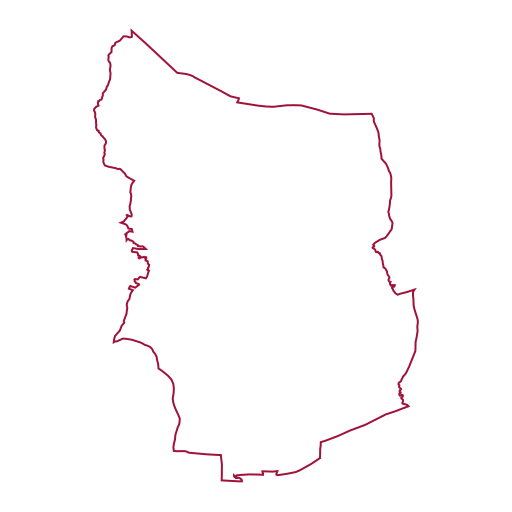 Talpas, Dolj, Romania
{"feature_id": "2599482B89244490879400", "entity_name": "Talpas", "entity_type": "district", "adm_level": 2, "iso_a3": "ROU", "parent_name": "Romania", "parent_adm1": "Dolj", "projection": "equal_earth", "projection_center": [23.747, 44.687], "detail": "fine", "context": "isolated", "style": "outline", "palette": "rose", "viewbox_px": 512, "rotation_deg": 0, "n_neighbors": 0, "source": "geoboundaries", "source_scale": "gbopen_adm2", "svg_char_len": 6039}
<svg xmlns="http://www.w3.org/2000/svg" viewBox="0 0 512 512"><path d="M371.7,113.8L344.1,114.4L329.8,113.7L317.3,109.6L301.2,105.4L293.8,105.2L286.7,105.3L273.3,106.8L266.1,106.5L258.5,105.7L237.3,102.4L238.5,100.0L238.9,98.3L230.4,96.3L221.2,91.2L194.5,77.3L193.1,76.3L189.7,74.9L185.7,73.9L177.3,72.9L146.0,43.6L131.6,30.7L131.9,36.4L131.6,37.1L129.6,37.4L127.1,36.5L123.6,36.3L119.9,40.6L115.5,42.7L115.0,43.6L114.9,44.7L114.5,45.3L113.5,45.9L112.7,46.0L111.9,47.1L111.6,48.2L111.5,52.0L108.8,54.7L108.3,55.7L108.7,56.9L108.3,59.5L108.4,60.3L108.8,61.4L110.0,62.6L110.5,64.8L110.5,66.3L109.9,69.4L109.9,70.4L110.4,72.3L110.5,74.3L110.0,79.6L109.0,81.7L108.0,85.0L106.7,87.1L106.0,89.6L102.8,93.3L102.8,95.6L102.2,96.9L102.1,98.2L101.4,99.5L99.8,100.1L98.8,101.4L98.2,101.3L97.9,102.5L98.1,104.4L98.5,105.6L96.1,106.8L95.2,108.0L94.5,108.6L94.1,109.4L94.1,110.8L94.9,112.1L95.0,112.9L95.3,113.5L95.1,117.3L95.7,118.5L96.0,120.1L96.0,121.3L96.1,124.0L96.4,124.9L96.1,126.6L96.1,127.7L97.0,130.1L97.5,130.5L98.2,130.5L98.7,130.8L98.6,131.5L98.9,132.4L100.5,133.4L100.8,134.7L101.3,135.5L102.6,136.3L103.0,137.1L105.2,139.4L105.5,140.0L106.0,141.5L105.8,143.5L104.5,145.5L104.4,148.2L104.9,150.0L104.7,150.5L104.7,151.7L104.3,152.9L104.7,153.9L104.7,154.7L103.1,158.1L103.5,159.4L103.3,162.1L104.8,165.4L108.4,166.7L115.8,168.2L118.0,169.1L119.6,168.8L120.4,169.1L125.0,173.7L126.3,176.2L128.3,177.5L134.2,180.8L132.6,182.8L131.4,184.8L130.9,187.3L130.3,192.4L130.9,193.5L131.3,196.1L131.0,198.2L130.9,200.2L130.4,203.5L129.8,205.5L129.6,206.7L129.8,208.0L129.7,209.4L131.6,214.0L131.7,215.4L131.4,216.4L130.3,216.4L127.9,215.5L127.9,215.3L127.4,215.0L126.8,215.2L127.7,216.5L126.0,218.8L124.6,220.3L124.0,221.3L120.9,222.7L125.6,224.3L126.5,225.0L127.2,225.7L128.4,228.5L131.8,229.1L132.5,231.7L129.2,231.1L128.6,231.9L127.7,232.3L125.7,233.9L126.5,234.1L126.5,234.8L125.7,235.1L126.5,238.2L126.6,240.1L126.9,239.7L128.4,239.0L129.9,240.3L131.5,240.6L133.4,241.7L133.5,241.9L133.6,243.0L135.4,243.6L136.1,244.4L137.8,245.1L138.0,246.1L140.9,246.5L142.7,246.3L143.9,247.2L145.8,249.0L138.9,249.1L133.0,248.1L131.9,250.2L131.9,251.1L132.2,251.8L137.2,252.4L137.4,252.6L138.1,254.4L138.1,255.4L139.3,255.6L140.5,256.6L138.8,257.5L138.6,257.8L139.2,258.4L141.1,257.5L142.7,257.3L143.9,256.8L144.6,257.6L145.3,257.1L145.9,257.1L146.3,257.3L146.2,258.6L145.4,260.0L145.5,260.4L147.7,261.3L147.9,263.7L149.2,264.9L148.8,266.3L148.8,266.8L148.0,268.0L148.0,269.0L147.3,269.7L148.2,270.3L149.0,270.6L148.5,271.6L147.2,276.2L145.9,278.3L140.0,276.9L139.3,277.5L137.8,279.4L134.8,279.1L134.4,279.7L134.6,280.1L134.7,281.4L135.5,282.0L135.7,282.9L138.6,284.0L139.0,284.3L139.1,284.7L135.2,287.7L130.3,286.0L129.3,287.5L128.9,288.7L132.8,290.2L131.1,292.7L130.3,294.6L129.4,299.0L128.3,300.4L127.4,301.9L127.1,303.3L126.7,304.9L127.3,307.7L126.6,312.4L126.6,313.5L123.8,320.9L123.8,321.7L124.3,322.6L121.6,325.9L119.9,330.5L115.0,336.0L114.1,339.5L113.8,342.2L114.9,341.5L116.8,341.4L122.9,338.6L126.0,338.8L131.8,339.7L140.5,342.5L142.8,343.6L144.4,344.7L148.0,345.9L150.3,347.1L152.3,349.2L153.2,351.5L155.3,354.2L156.6,356.8L156.9,359.1L158.2,364.3L158.5,368.5L161.6,370.5L168.0,375.7L171.6,379.8L173.3,384.0L173.9,388.7L173.5,394.0L172.7,398.6L173.3,402.6L174.4,406.2L176.1,410.3L178.3,414.8L179.8,418.7L179.6,421.5L179.2,424.3L177.7,427.4L175.4,434.8L175.0,439.5L174.0,443.3L173.4,447.1L173.8,450.9L176.8,451.2L184.0,451.1L186.2,451.4L188.9,452.7L206.5,454.3L220.9,455.1L221.3,459.4L221.9,464.2L221.9,466.9L221.8,470.1L221.9,471.5L221.7,480.4L238.0,481.3L241.9,481.3L241.9,480.6L241.6,479.7L240.2,478.4L238.7,477.8L236.0,478.1L234.2,476.6L234.0,476.2L234.0,475.5L235.1,476.7L235.9,476.9L236.3,476.8L236.5,475.4L241.0,474.9L249.7,474.4L259.3,474.6L263.0,474.8L263.0,473.2L262.6,472.6L262.4,471.3L272.9,471.6L277.4,471.1L276.4,474.0L276.3,474.6L277.7,475.2L287.5,473.7L295.6,472.1L299.0,470.7L310.6,464.3L320.1,458.0L319.9,457.6L320.1,455.8L320.2,449.0L320.7,445.4L320.8,442.1L325.0,440.9L337.9,436.0L350.1,430.5L365.3,424.8L385.8,414.4L395.5,411.2L408.5,406.2L407.2,404.9L405.7,404.5L404.7,404.0L403.3,403.9L402.4,403.4L402.4,402.6L403.1,401.2L403.0,400.0L402.5,399.3L401.4,398.5L401.2,398.0L401.5,397.4L402.6,396.8L402.9,395.9L402.6,395.1L402.1,394.9L401.4,395.0L400.1,395.7L399.8,395.6L399.5,395.1L399.3,393.8L399.5,393.2L400.4,393.0L400.6,392.9L400.7,392.4L399.7,391.6L399.6,390.9L399.9,390.2L400.9,389.6L401.0,388.9L399.1,387.1L399.1,386.3L399.4,385.3L398.5,384.3L398.5,383.8L398.7,383.1L399.1,382.5L400.9,381.4L401.6,379.4L402.4,378.3L402.8,376.8L405.4,374.0L406.6,371.9L409.2,366.4L413.7,355.2L415.4,350.8L415.6,341.7L416.6,337.4L417.6,331.0L417.3,326.6L417.9,321.9L417.6,319.3L414.4,309.1L413.6,305.2L413.4,298.9L413.0,295.7L413.0,293.1L413.2,291.6L414.5,289.6L406.1,292.3L400.3,293.7L397.6,294.7L395.6,293.4L393.5,290.8L393.0,289.8L393.0,289.2L392.1,288.3L391.9,287.7L392.3,287.0L393.9,286.8L394.8,285.6L394.8,285.1L393.7,285.2L392.0,285.0L390.9,285.5L390.3,284.8L389.8,282.8L390.5,282.0L389.6,281.6L388.9,281.0L388.6,280.5L388.5,280.0L388.6,279.4L389.4,277.9L389.4,277.2L387.7,274.7L387.2,273.4L387.0,271.6L385.5,268.8L384.8,268.1L383.5,267.4L383.5,266.1L382.9,264.1L382.6,261.0L381.8,258.9L381.7,257.0L381.3,255.8L380.0,254.4L379.9,253.5L379.7,253.1L378.7,253.0L378.1,252.0L377.7,251.8L376.7,252.2L375.9,251.9L375.6,251.6L375.4,250.1L375.1,249.6L373.0,248.1L372.6,247.7L372.8,247.2L374.2,246.4L374.1,245.6L373.2,244.7L375.0,242.8L380.1,239.7L385.1,237.9L386.4,236.5L389.1,232.9L390.1,231.2L391.0,230.2L391.7,229.0L392.5,223.3L392.3,222.2L391.2,220.3L390.1,218.8L389.1,215.6L389.0,214.1L388.4,212.3L388.4,211.6L389.0,209.6L389.8,204.5L390.1,200.3L391.0,197.9L391.4,195.8L391.1,182.4L391.3,178.3L391.1,176.5L390.4,173.6L390.0,172.5L389.0,171.1L387.8,167.5L386.5,164.7L385.8,163.5L381.5,158.7L381.4,155.6L380.5,151.4L380.3,148.9L379.4,146.1L379.4,143.2L379.6,140.4L378.8,136.3L378.7,134.3L378.4,133.2L378.4,132.2L376.9,128.4L374.0,121.9L373.7,120.3L373.9,118.7L373.8,118.1L371.7,113.8Z" fill="none" stroke="#9f1239" stroke-width="2"/></svg>